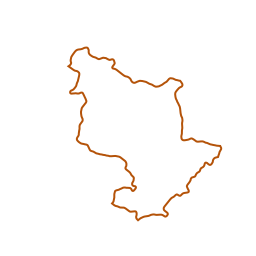 the district of Padre Las Casas, Azua, Dominican Republic, rotated 308°
{"feature_id": "3306468B62510937127431", "entity_name": "Padre Las Casas", "entity_type": "district", "adm_level": 2, "iso_a3": "DOM", "parent_name": "Dominican Republic", "parent_adm1": "Azua", "projection": "mercator", "projection_center": [-70.907, 18.827], "detail": "fine", "context": "isolated", "style": "outline", "palette": "amber", "viewbox_px": 256, "rotation_deg": 308, "n_neighbors": 0, "source": "geoboundaries", "source_scale": "gbopen_adm2", "svg_char_len": 5835}
<svg xmlns="http://www.w3.org/2000/svg" viewBox="0 0 256 256"><g transform="rotate(308 128 128)"><path d="M197.3,140.0L196.7,139.0L196.2,137.7L195.3,135.9L194.8,133.6L194.6,132.9L193.5,131.0L193.1,130.6L192.5,130.3L191.8,130.1L189.2,130.0L188.1,129.9L187.4,129.6L185.9,129.0L183.2,128.3L179.9,126.7L179.1,126.0L178.3,125.2L177.6,124.3L177.4,123.6L177.2,122.9L176.9,120.1L176.0,117.6L175.6,114.9L175.4,113.8L173.9,110.5L172.7,108.6L172.3,108.1L171.8,107.8L170.2,106.8L168.2,105.8L167.5,105.2L167.0,104.3L166.9,103.6L166.9,102.5L167.1,101.9L167.8,100.4L168.1,99.8L168.3,98.6L168.3,97.5L168.2,96.7L168.0,95.9L167.2,94.2L166.9,93.1L166.8,91.1L166.8,85.4L166.8,83.0L166.5,81.4L165.8,79.8L165.6,79.2L165.9,78.4L166.5,78.1L167.1,78.0L169.9,77.9L170.6,77.7L170.9,77.6L171.3,77.1L172.4,75.6L172.7,75.0L172.8,74.3L172.7,73.7L172.3,73.1L171.5,72.5L170.5,71.8L170.2,71.3L169.9,70.3L169.6,68.5L169.5,67.7L169.1,66.9L168.1,65.2L167.6,64.8L164.8,63.1L164.4,62.7L164.2,62.4L163.9,61.4L163.6,59.2L162.6,56.7L162.4,55.5L162.3,54.0L162.3,52.8L162.6,51.7L162.9,51.1L163.3,50.6L163.7,50.2L164.9,49.3L165.3,48.9L166.1,47.4L166.2,46.8L166.1,46.2L165.7,45.6L164.7,44.6L163.8,44.0L162.5,43.4L161.9,43.0L161.0,42.3L159.1,40.4L158.5,40.0L157.8,39.6L156.7,39.3L155.2,39.2L152.0,39.3L149.7,39.5L148.8,39.7L146.2,41.0L145.3,41.8L144.4,43.0L144.2,43.2L143.6,43.4L143.0,43.6L142.0,43.6L141.0,43.4L140.0,43.1L140.2,48.3L140.3,49.8L140.5,50.9L141.4,52.7L141.5,53.3L141.6,54.0L141.5,54.7L141.4,55.4L141.0,56.0L140.6,56.4L139.7,57.0L134.1,59.6L131.7,60.2L129.7,61.1L129.0,61.3L127.2,61.4L125.0,61.3L124.0,61.0L122.3,60.1L121.7,60.0L121.1,60.1L120.8,60.2L120.3,60.6L120.1,60.8L120.0,61.4L120.0,61.7L120.1,62.0L120.5,62.5L122.4,64.6L123.2,65.4L123.5,66.0L124.2,67.2L124.6,67.7L125.3,68.3L126.7,69.0L127.1,69.4L127.5,69.8L127.7,70.4L127.7,70.7L127.5,71.2L126.6,73.2L125.7,74.9L125.0,76.4L123.7,78.5L123.2,78.9L122.2,79.2L121.1,79.2L116.6,79.2L115.4,79.3L114.8,79.5L111.8,81.0L110.4,82.2L108.7,84.0L108.1,84.9L107.2,86.6L106.7,87.1L106.2,87.5L105.6,87.8L104.9,87.9L101.7,88.0L101.0,88.1L100.3,88.3L99.4,88.8L97.4,90.4L95.8,91.2L93.4,92.6L92.3,93.4L91.5,93.7L89.2,93.9L88.5,94.1L87.9,94.4L87.4,94.9L87.1,95.4L87.0,95.8L86.8,96.8L86.7,97.9L86.8,99.4L86.9,100.4L87.3,101.4L88.1,102.9L88.6,104.1L89.2,105.2L89.5,106.1L89.5,106.8L89.3,107.4L87.4,111.1L87.1,112.0L87.2,113.0L87.9,114.8L88.1,115.4L88.5,118.6L88.8,119.2L89.5,120.7L90.0,122.0L91.0,123.7L91.5,124.9L92.5,126.6L93.0,127.9L94.0,129.6L94.5,130.9L95.3,132.0L98.0,135.0L98.4,135.6L99.9,138.6L100.2,140.0L100.2,141.9L100.2,145.0L100.2,146.2L100.0,146.9L99.5,147.9L99.1,148.5L98.3,149.2L97.7,149.6L97.1,150.0L95.5,150.3L95.0,150.6L94.5,151.0L94.3,151.6L94.2,152.3L94.2,155.7L94.1,156.9L93.9,157.6L93.3,159.1L93.0,159.7L92.7,162.4L92.5,163.0L92.3,163.2L91.9,163.6L90.0,164.7L89.3,164.9L87.3,165.2L86.4,165.7L86.0,166.2L85.7,166.7L85.6,167.4L85.7,168.0L86.5,169.5L86.5,170.0L86.3,170.6L86.1,170.8L85.5,171.1L84.6,171.2L83.5,171.2L82.5,171.1L81.9,171.0L81.4,170.6L81.2,170.0L81.3,169.4L81.9,168.2L82.0,167.6L82.0,167.0L82.0,166.7L81.5,165.7L80.0,163.7L79.2,162.2L78.8,161.7L78.3,161.2L77.8,160.8L76.3,160.1L74.9,159.3L73.6,158.7L73.1,158.3L71.7,157.2L70.8,156.8L70.5,156.7L70.0,156.8L67.7,157.8L67.1,158.2L64.8,160.0L61.8,161.5L61.2,161.8L60.5,161.9L58.7,161.9L58.7,164.9L59.0,166.3L59.8,168.0L60.3,170.0L60.5,170.7L61.1,171.6L62.4,173.3L62.9,174.3L63.1,175.7L63.2,179.7L63.3,180.8L63.6,181.5L64.0,182.0L66.5,184.6L66.8,185.1L67.0,185.7L66.9,186.1L66.6,186.7L66.0,187.4L64.8,188.3L63.0,189.1L62.3,189.8L61.8,190.7L61.5,192.7L64.5,193.4L67.5,194.9L68.7,195.8L70.7,197.7L71.5,198.4L72.2,198.8L73.7,199.6L74.8,200.5L75.6,201.3L76.0,201.9L76.8,203.5L77.2,204.1L79.5,206.7L80.2,207.6L80.5,208.3L80.7,208.9L80.9,210.9L81.0,211.6L81.3,212.1L81.6,212.3L82.2,212.6L83.1,212.7L84.1,212.6L84.7,212.4L85.1,211.9L85.3,211.5L85.4,210.9L85.4,208.3L85.5,207.2L85.6,206.8L86.0,206.2L86.4,205.8L87.0,205.4L87.7,205.2L88.8,205.1L97.8,205.2L99.7,205.4L101.8,206.3L102.5,206.5L104.5,206.8L105.3,207.1L105.6,207.3L105.9,207.8L106.0,208.4L106.2,209.9L106.4,210.4L106.6,210.7L106.8,210.9L107.4,211.1L109.7,211.4L110.7,211.8L111.6,212.5L113.7,214.5L114.3,214.9L114.6,215.0L114.9,215.1L115.5,214.9L116.1,214.3L116.4,213.8L116.9,212.6L117.8,211.0L118.1,210.5L118.6,210.1L119.3,209.9L120.0,209.8L123.0,209.8L124.5,209.6L125.2,209.5L126.6,208.8L127.6,208.7L128.2,208.8L128.5,209.0L130.4,210.3L131.0,210.6L131.3,210.6L131.8,210.6L133.2,210.2L134.6,210.1L135.6,210.3L137.0,210.9L137.9,211.1L138.9,210.9L140.3,210.4L140.9,210.3L141.8,210.5L143.0,211.0L143.6,211.2L144.6,211.3L145.6,211.1L147.2,210.4L147.8,210.3L148.3,210.4L148.6,210.6L148.9,211.1L149.1,211.8L149.0,213.8L149.1,214.5L149.3,215.2L149.5,215.4L149.8,215.7L150.1,215.8L150.8,216.0L152.3,215.9L153.4,215.7L154.8,214.9L155.4,214.7L156.1,214.6L156.8,214.6L157.5,214.7L158.4,215.1L160.6,216.8L162.1,216.2L163.7,215.7L165.5,214.9L166.2,214.8L168.1,214.5L168.7,214.4L169.3,214.0L169.7,213.6L170.6,211.7L168.7,208.8L168.0,207.3L167.1,205.6L166.5,204.3L165.8,202.9L165.5,201.9L165.1,200.2L164.9,199.5L164.2,198.1L163.8,196.1L163.4,195.1L162.5,193.9L160.5,191.8L160.1,191.3L159.7,190.6L159.5,190.0L159.5,189.2L159.4,186.7L159.2,185.3L159.0,184.7L158.6,184.2L158.1,183.8L156.3,182.9L155.4,182.2L153.3,180.3L152.6,179.4L152.3,178.8L152.2,178.1L152.3,177.4L152.6,176.8L153.0,176.3L154.2,175.2L155.1,174.7L156.6,174.0L159.3,172.0L161.1,171.0L161.9,170.4L164.6,168.0L165.5,167.4L167.0,166.6L167.8,166.0L168.5,165.3L169.4,164.3L170.1,162.8L170.9,161.7L172.1,160.3L175.4,157.1L176.6,155.7L176.9,155.2L177.5,153.9L178.4,152.2L178.9,150.9L179.9,149.2L180.6,147.7L181.7,146.3L183.5,144.5L184.4,143.9L185.0,143.6L186.1,143.4L187.9,143.4L189.8,143.5L190.9,143.6L191.9,143.9L193.5,144.7L194.2,144.8L194.9,144.7L195.7,144.2L196.3,143.4L197.0,141.3L197.3,140.0Z" fill="none" stroke="#b45309" stroke-width="2"/></g></svg>